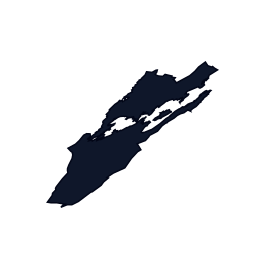 outline of Skodje nor, Møre og Romsdal, Norway, rotated 151°
{"feature_id": "86288312B6850280746884", "entity_name": "Skodje nor", "entity_type": "district", "adm_level": 2, "iso_a3": "NOR", "parent_name": "Norway", "parent_adm1": "Møre og Romsdal", "projection": "robinson", "projection_center": [6.603, 62.504], "detail": "fine", "context": "isolated", "style": "filled", "palette": "ink", "viewbox_px": 256, "rotation_deg": 151, "n_neighbors": 0, "source": "geoboundaries", "source_scale": "gbopen_adm2", "svg_char_len": 5929}
<svg xmlns="http://www.w3.org/2000/svg" viewBox="0 0 256 256"><g transform="rotate(151 128 128)"><path d="M225.1,91.2L218.5,90.4L214.2,88.1L207.0,87.8L191.7,90.0L190.2,89.5L179.2,90.9L175.6,92.6L169.3,93.8L170.3,95.1L162.7,95.7L150.1,94.7L139.7,99.8L131.1,102.6L127.3,102.7L127.6,109.8L118.8,108.6L113.7,110.4L113.0,111.1L103.8,110.9L97.2,113.4L92.2,114.1L91.6,113.6L89.8,114.1L82.9,114.3L78.8,115.1L75.1,115.0L71.7,114.2L67.0,114.8L65.2,112.4L65.2,112.8L62.2,113.6L58.1,113.8L54.8,114.8L54.9,115.2L51.6,115.4L51.6,115.9L47.8,117.0L47.8,117.5L43.2,118.1L42.9,118.6L42.1,118.6L42.4,118.9L41.3,119.0L41.3,119.3L40.2,119.5L40.3,119.8L37.3,120.6L37.9,121.2L45.6,121.5L41.0,122.3L41.3,122.7L43.2,122.8L44.9,122.5L44.5,122.1L45.4,122.2L45.4,122.5L48.7,121.8L48.7,122.1L50.8,121.1L48.4,121.3L48.3,121.0L54.3,119.8L54.6,119.4L55.4,119.5L55.4,119.1L56.5,119.6L56.5,119.0L57.6,119.3L57.6,118.9L58.1,118.9L57.6,118.8L57.8,118.5L58.8,119.0L62.3,119.6L62.3,119.1L61.7,119.2L66.9,118.5L67.5,118.7L62.8,119.3L63.7,119.8L70.3,118.8L68.9,119.3L70.1,120.1L74.2,119.5L74.2,119.9L78.6,119.7L85.4,118.3L85.4,117.9L90.1,117.8L98.2,116.2L107.6,115.2L116.4,116.3L116.5,116.6L118.0,116.9L118.5,118.2L113.1,120.8L111.2,121.0L110.3,120.7L108.5,121.7L105.7,122.2L105.9,123.5L106.6,123.8L109.1,123.6L109.2,124.3L113.5,124.2L113.6,125.1L112.0,125.3L111.7,125.7L111.8,126.2L111.4,126.4L113.5,126.5L112.1,127.3L106.3,129.1L109.2,128.6L110.0,129.3L111.6,129.2L119.0,127.8L123.2,127.9L125.4,128.3L125.4,128.6L127.6,128.5L129.0,129.0L134.8,128.9L135.4,129.5L139.3,129.8L138.6,130.8L140.5,131.6L140.5,131.9L140.0,131.9L140.0,132.8L141.8,132.6L141.9,132.2L140.8,132.1L141.0,131.8L144.1,131.5L144.3,130.3L143.7,130.2L146.7,130.0L152.8,130.9L156.7,130.9L157.6,131.2L157.6,131.6L161.5,132.1L161.2,132.5L153.2,132.3L152.6,133.2L152.7,133.7L151.9,133.7L152.2,134.3L156.1,134.7L159.5,134.0L165.6,133.9L165.3,135.0L168.2,135.7L167.1,136.1L167.9,136.6L168.0,137.1L168.8,137.8L168.6,138.2L164.4,139.1L164.4,140.6L164.0,141.1L163.5,141.0L167.0,143.1L170.3,143.2L176.7,140.6L181.8,139.3L190.3,139.4L189.3,135.4L188.4,133.3L188.9,132.9L189.3,131.3L191.7,128.4L197.7,124.3L200.5,121.9L201.5,120.3L202.3,117.9L209.8,115.4L219.1,111.4L220.6,110.4L221.1,108.9L225.6,107.5L227.0,105.7L234.5,102.2L231.7,100.0L226.5,97.1L220.1,92.1L222.8,92.0L225.1,91.2ZM84.5,168.2L87.3,166.1L92.2,164.8L93.2,164.1L94.9,164.5L95.2,164.1L97.9,163.4L97.7,162.9L98.1,162.4L99.4,162.0L100.8,162.1L102.1,160.7L104.3,161.0L104.7,159.8L105.3,159.6L105.3,159.3L106.2,159.4L106.1,158.9L106.9,158.6L106.4,158.6L107.0,157.9L106.9,157.4L111.3,157.7L113.5,156.9L116.3,156.9L116.3,156.6L117.6,156.2L117.2,155.9L117.0,155.0L116.2,155.1L116.2,155.6L114.0,155.6L113.7,155.0L112.9,155.0L112.3,154.3L113.1,153.8L115.3,153.5L116.9,154.2L117.2,153.8L119.9,153.6L119.9,154.8L119.5,155.2L122.0,155.1L121.7,155.9L121.2,155.9L122.0,156.2L125.8,154.8L125.8,155.2L128.0,155.0L134.8,153.2L134.8,152.8L135.6,152.8L135.6,152.3L136.9,151.4L140.4,150.4L140.0,148.9L141.1,148.5L141.1,147.9L140.5,147.9L141.0,147.3L146.1,146.2L147.1,145.5L147.4,144.8L146.9,144.4L147.0,144.1L149.8,142.5L150.5,141.8L150.2,141.0L154.1,140.7L154.8,140.2L154.4,139.7L155.3,139.5L157.4,139.9L158.2,139.7L157.5,139.3L158.3,138.8L161.7,138.7L167.8,136.8L166.2,135.7L160.9,136.2L160.7,135.7L156.0,135.1L155.1,135.2L154.9,135.7L150.2,135.5L151.6,136.0L151.3,136.3L148.0,136.2L147.8,136.6L145.5,135.6L145.5,135.3L144.1,135.5L144.4,136.0L145.8,136.0L145.8,136.5L143.3,136.7L142.8,137.4L139.8,137.4L140.4,138.1L137.4,138.0L137.2,138.3L141.3,138.9L141.3,139.4L142.7,139.4L142.7,139.7L143.5,139.5L143.5,140.0L144.4,139.9L144.4,140.3L142.0,141.1L137.0,141.7L137.1,142.1L135.7,142.2L135.7,142.5L136.6,142.8L135.7,142.9L134.6,142.7L134.6,142.4L135.3,142.4L135.1,141.9L131.8,142.2L129.3,141.9L126.2,140.5L125.3,139.6L124.2,139.3L123.2,137.8L123.1,137.3L125.7,136.9L125.4,136.4L122.7,136.6L122.7,137.2L121.4,136.6L121.5,136.1L121.2,136.0L117.9,135.4L117.7,135.2L117.9,134.7L119.0,134.4L118.7,134.1L119.6,133.7L119.4,133.4L118.4,133.6L118.3,133.2L117.8,133.2L117.7,132.6L117.3,132.4L121.0,131.3L118.7,131.3L118.0,131.0L118.3,130.8L118.1,130.6L116.5,130.8L117.7,130.5L118.0,129.8L117.8,129.3L116.7,129.3L114.9,130.6L116.2,130.8L111.1,132.4L111.2,133.1L108.3,133.7L106.8,134.5L106.4,133.8L105.6,133.5L107.8,132.5L105.3,131.9L105.3,131.5L103.6,131.4L103.9,129.6L103.2,128.9L100.7,129.2L97.5,130.5L98.5,131.0L98.4,131.5L96.4,131.2L96.5,131.7L93.2,132.3L93.2,132.6L90.7,132.9L91.8,132.5L91.5,132.0L90.5,132.2L90.9,131.3L89.5,131.3L90.1,131.6L84.1,132.4L82.8,133.0L82.7,132.7L80.8,132.9L80.5,132.3L79.1,132.4L75.2,131.6L74.7,131.4L74.6,130.1L71.8,129.8L71.8,129.5L71.2,129.5L71.2,128.5L69.0,128.5L68.9,128.0L68.1,128.2L68.1,128.6L65.7,128.4L65.8,127.9L67.2,127.4L67.2,126.7L70.5,125.8L70.4,124.8L70.1,125.2L66.3,125.6L65.8,126.4L65.0,126.5L65.0,126.8L59.8,127.4L59.8,127.8L57.9,128.3L59.9,128.6L60.1,129.9L61.1,130.2L58.4,131.4L46.4,130.1L46.4,128.9L45.7,128.0L43.5,127.9L40.2,128.6L40.2,128.9L41.1,128.9L40.9,129.2L38.9,131.3L42.3,130.7L42.0,131.2L40.7,131.7L40.7,132.1L39.9,132.1L39.9,132.4L39.1,132.4L39.1,132.8L38.0,132.8L38.0,133.1L36.1,133.0L36.4,132.2L37.4,131.5L34.1,132.4L34.1,132.9L33.3,132.7L33.1,133.7L32.5,133.8L32.0,134.6L31.2,134.9L21.5,135.4L23.3,138.4L24.2,140.8L25.2,140.7L28.0,143.8L28.3,148.2L36.7,147.1L41.9,145.2L48.6,143.8L63.9,144.0L63.9,145.7L64.8,148.4L64.2,148.2L62.3,149.1L65.2,151.2L64.3,152.1L69.6,156.9L72.6,156.3L76.2,158.8L77.3,160.0L78.2,161.7L75.8,162.9L74.3,164.5L75.5,165.0L80.0,165.0L84.5,168.2ZM83.4,121.0L82.3,121.0L82.2,121.5L83.3,122.3L82.9,123.5L83.0,124.0L85.8,124.4L85.8,124.8L88.9,124.5L88.9,125.4L91.1,125.2L92.5,125.6L92.2,124.8L92.7,124.8L92.7,124.4L92.2,124.3L93.5,124.3L93.8,123.4L99.3,123.5L102.0,122.7L101.4,122.1L100.8,122.1L100.8,121.6L99.1,121.4L97.2,121.8L96.6,121.2L94.4,121.1L94.4,120.7L95.5,120.5L93.9,120.7L93.3,121.0L85.6,120.9L83.4,121.3L83.4,121.0Z" fill="#0f172a" stroke="#020617" stroke-width="1.5"/></g></svg>